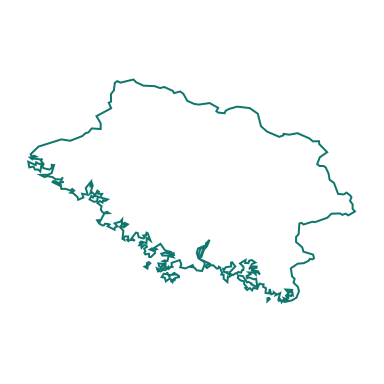 an SVG outline of Fujian, rotated 86°
{"feature_id": "CHN-1178", "entity_name": "Fujian", "entity_type": "Province", "adm_level": 1, "iso_a3": "CHN", "parent_name": "China", "parent_adm1": "", "projection": "equal_earth", "projection_center": [118.681, 25.949], "detail": "fine", "context": "isolated", "style": "outline", "palette": "teal", "viewbox_px": 384, "rotation_deg": 86, "n_neighbors": 0, "source": "natural_earth", "source_scale": "10m", "svg_char_len": 6096}
<svg xmlns="http://www.w3.org/2000/svg" viewBox="0 0 384 384"><g transform="rotate(86 192 192)"><path d="M307.1,100.0L308.3,108.3L305.6,104.1L304.2,103.2L301.4,103.2L302.7,100.4L301.7,99.9L302.3,98.6L297.9,99.0L298.9,100.4L298.0,101.9L296.5,99.9L295.8,105.4L299.6,102.7L302.1,105.5L304.2,103.6L305.1,105.9L304.2,107.8L305.3,107.4L307.9,110.1L305.5,110.1L307.3,110.6L305.2,111.6L306.6,112.9L305.7,113.4L299.0,111.1L300.7,115.7L299.7,115.1L297.6,117.5L298.9,117.7L299.6,120.2L294.2,121.2L298.6,122.3L297.8,125.7L293.1,124.9L291.6,127.6L288.3,126.8L289.5,127.5L288.0,131.0L293.2,133.7L291.8,137.4L294.3,138.9L291.9,141.0L293.6,143.9L291.4,145.6L290.8,143.9L287.6,146.3L284.8,146.3L283.6,149.7L281.0,152.3L278.5,151.7L279.4,147.2L286.0,143.4L285.6,142.1L287.4,138.9L288.4,139.2L290.7,134.5L290.2,133.5L283.0,134.1L283.5,136.3L281.1,141.2L281.8,143.0L280.7,143.3L279.6,143.4L278.1,139.3L276.2,141.1L276.8,135.8L278.7,134.2L276.2,134.2L276.5,132.4L279.0,130.0L275.7,131.6L274.4,137.7L273.1,137.4L272.2,133.0L270.9,132.7L270.5,136.0L272.9,140.4L267.9,137.0L266.8,133.7L264.1,137.0L264.5,139.7L266.9,140.7L266.5,143.9L263.6,143.3L266.6,149.1L270.4,145.8L273.4,146.3L273.5,147.6L275.9,148.6L275.0,151.5L276.6,152.8L275.9,153.7L277.7,157.0L276.3,159.7L274.8,160.1L269.3,154.0L264.9,156.9L265.2,158.0L269.0,158.1L269.4,163.6L271.1,164.8L270.8,166.2L274.1,165.5L274.4,162.5L275.2,163.0L278.0,158.8L279.3,161.1L278.8,162.1L284.3,163.0L280.7,166.5L276.8,166.2L276.4,168.5L274.9,167.6L269.4,169.3L268.4,170.4L270.1,171.3L270.1,172.7L266.6,175.8L266.6,177.8L264.7,179.2L259.5,188.9L258.3,189.0L257.3,187.1L250.3,184.1L247.2,180.9L241.0,177.8L244.2,181.6L246.1,181.8L248.8,189.9L253.0,191.5L258.6,190.2L262.6,184.7L265.0,184.3L271.5,187.5L270.5,192.7L267.5,195.0L266.7,198.3L265.9,196.1L265.0,196.4L267.8,204.0L266.2,209.0L263.4,207.7L259.1,209.0L261.3,217.3L264.6,217.4L265.7,215.9L265.2,218.5L266.4,219.7L265.1,220.6L266.8,221.1L265.4,222.5L267.0,222.3L268.2,224.3L267.5,225.9L269.1,229.0L267.8,230.9L269.6,231.3L265.7,232.3L266.8,230.5L265.6,223.9L263.7,224.3L263.5,227.2L264.7,228.2L264.0,230.0L260.9,230.5L262.1,223.4L260.0,223.4L259.0,225.9L258.3,224.4L259.1,221.3L254.4,219.9L255.6,215.5L254.6,216.4L253.7,214.3L251.8,214.6L252.6,215.8L250.4,216.9L248.4,222.9L241.5,227.1L245.1,233.6L246.6,231.3L247.6,234.2L245.5,236.0L246.5,238.0L248.6,233.2L250.4,233.2L254.0,237.5L253.8,239.2L250.6,239.3L251.0,242.9L249.3,243.8L248.0,242.6L245.2,243.7L243.5,240.7L242.2,241.2L241.6,243.3L244.1,246.2L241.0,246.5L241.3,248.2L239.6,247.2L240.3,245.4L239.6,244.7L238.6,247.2L237.8,246.2L239.8,241.0L234.7,240.3L237.7,236.8L230.0,239.1L229.4,240.2L231.8,240.9L232.0,243.5L233.7,242.3L235.0,243.3L233.4,248.3L229.1,249.1L228.6,250.7L234.0,255.5L236.5,252.3L235.5,256.1L236.2,258.9L237.2,258.4L235.1,260.2L234.5,258.8L231.8,258.9L231.7,262.1L233.0,263.5L235.0,263.0L233.9,264.6L225.7,263.2L221.9,266.4L220.9,265.3L222.5,262.5L220.8,259.8L220.5,262.8L219.4,258.9L218.0,261.5L219.6,264.3L214.5,263.6L216.6,265.6L217.9,271.3L221.1,268.7L222.1,271.5L224.2,271.9L220.3,278.5L218.7,276.6L218.1,277.7L217.6,281.1L219.2,282.2L219.1,283.7L217.0,286.8L213.6,288.6L213.6,286.2L214.8,285.7L207.2,280.9L207.3,276.2L205.8,278.1L206.9,281.4L206.0,282.6L203.3,284.2L199.8,283.2L196.5,287.0L194.6,284.7L196.3,282.0L194.2,281.4L194.9,279.1L193.5,276.6L191.0,284.1L187.6,281.8L187.2,285.7L185.5,285.6L185.8,284.3L184.1,286.3L188.3,288.8L185.3,291.8L186.4,293.6L178.6,290.6L176.5,291.2L180.3,293.1L174.7,292.1L180.6,297.7L187.5,296.2L186.1,301.7L189.9,300.7L191.8,306.1L189.0,306.6L184.7,310.8L184.2,313.0L182.4,309.5L180.6,311.3L182.1,313.0L180.0,318.1L179.8,322.1L177.1,322.4L172.4,330.4L171.4,329.6L171.9,327.4L175.0,322.6L173.1,323.0L173.2,319.2L172.5,321.5L171.2,321.7L168.3,319.8L170.4,321.6L169.7,327.2L167.3,330.3L166.1,335.0L166.8,338.2L164.4,342.1L164.7,334.2L163.3,330.7L155.5,327.7L155.1,330.0L158.1,330.1L159.7,332.7L157.8,338.6L156.3,339.4L153.7,338.1L150.4,340.4L148.3,339.0L149.1,340.3L147.6,347.7L148.3,349.0L146.3,351.1L145.8,345.1L144.7,347.0L145.3,349.4L143.0,350.3L136.0,342.0L130.4,318.7L132.4,309.9L128.5,297.4L126.0,294.3L125.3,291.2L121.6,287.6L122.8,278.7L117.1,278.3L109.7,282.0L102.8,266.8L97.2,268.8L96.1,266.4L88.8,266.1L85.1,262.8L77.8,261.4L76.2,258.9L77.9,255.7L75.7,242.5L78.7,240.0L82.5,233.1L83.8,221.9L86.1,216.6L85.3,212.4L89.8,204.1L92.1,203.0L90.9,196.8L93.4,193.8L100.8,190.3L104.3,183.6L105.3,178.9L104.5,168.2L109.9,160.0L113.0,162.1L114.6,160.4L115.7,154.0L113.4,152.8L111.8,149.6L110.0,141.0L112.3,128.6L118.5,120.9L131.3,118.6L137.2,112.6L143.1,101.0L141.8,96.8L140.4,96.6L141.6,91.0L140.7,82.7L146.7,71.2L149.9,67.9L150.2,61.8L153.1,61.7L161.7,54.4L166.3,62.1L173.0,65.2L175.0,62.9L175.2,59.2L176.6,57.0L183.1,54.5L189.3,53.9L192.9,49.7L204.1,46.4L205.0,40.7L203.4,37.9L206.4,34.5L208.3,33.3L211.8,35.0L215.6,32.6L219.9,33.0L222.8,30.8L226.2,37.7L224.3,40.3L225.3,43.5L223.7,45.9L223.4,54.5L227.1,58.7L230.6,71.3L230.1,74.2L232.2,82.9L230.4,84.9L231.0,87.1L241.6,88.6L244.1,91.3L249.1,91.7L254.9,85.9L259.3,85.0L262.9,75.6L266.6,74.9L267.6,76.4L267.0,79.2L268.8,80.5L270.8,85.5L270.9,91.6L275.0,98.7L283.1,98.1L285.8,95.7L289.5,97.0L294.0,93.0L298.4,92.2L304.7,95.2L307.1,100.0ZM279.3,219.2L277.9,218.6L276.9,220.6L279.3,224.3L275.5,225.1L274.8,228.2L271.5,225.9L272.4,222.5L270.2,222.5L275.8,220.2L273.2,220.0L273.2,215.5L272.0,216.4L271.5,215.3L275.0,210.8L276.0,210.9L276.5,214.6L278.6,215.5L277.8,216.3L280.7,217.8L279.3,219.2ZM153.2,340.0L161.0,341.9L158.9,343.9L158.6,347.2L155.6,348.3L156.1,352.6L150.4,353.2L154.2,346.0L151.5,345.4L153.4,342.6L153.2,340.0ZM190.1,286.0L194.6,287.5L195.0,290.3L192.3,294.7L188.9,292.6L190.6,291.2L189.0,290.0L190.1,286.0ZM249.3,184.5L256.6,188.0L256.8,189.2L255.6,190.0L249.3,187.6L246.8,181.0L249.3,184.5ZM253.9,217.2L253.3,225.9L251.4,226.9L250.6,222.9L251.9,218.5L253.9,217.2ZM262.3,241.2L265.2,241.8L263.2,244.5L262.4,242.2L259.8,241.9L258.9,240.1L260.2,238.6L262.3,241.2ZM266.6,179.0L268.9,182.4L267.7,183.4L264.3,181.2L266.6,179.0ZM303.2,124.1L303.0,122.6L304.1,121.9L306.2,124.4L303.2,124.1Z" fill="none" stroke="#0f766e" stroke-width="2"/></g></svg>